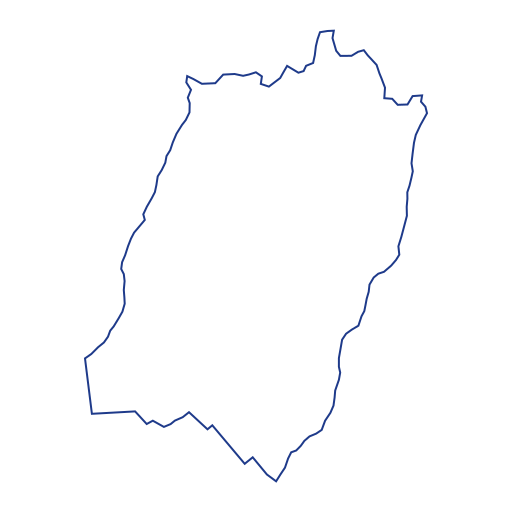 Douradina, Mato Grosso do Sul, Brazil
{"feature_id": "56859067B6563900409814", "entity_name": "Douradina", "entity_type": "district", "adm_level": 2, "iso_a3": "BRA", "parent_name": "Brazil", "parent_adm1": "Mato Grosso do Sul", "projection": "albers", "projection_center": [-54.58, -22.015], "detail": "fine", "context": "isolated", "style": "outline", "palette": "blue", "viewbox_px": 512, "rotation_deg": 0, "n_neighbors": 0, "source": "geoboundaries", "source_scale": "gbopen_adm2", "svg_char_len": 1915}
<svg xmlns="http://www.w3.org/2000/svg" viewBox="0 0 512 512"><path d="M422.1,95.4L412.6,96.1L407.5,104.5L397.7,104.8L392.2,98.8L384.3,98.2L385.0,87.7L381.5,78.4L379.4,73.3L376.6,64.9L367.7,55.3L363.8,50.2L358.1,51.8L351.5,55.8L340.4,55.9L336.2,50.8L332.5,38.1L333.8,30.7L327.5,31.0L320.0,32.2L317.6,39.1L315.9,46.2L314.8,55.2L313.1,63.0L306.1,65.8L303.6,71.1L298.4,72.7L287.1,65.9L283.0,73.0L280.2,78.0L268.9,86.6L260.8,83.9L261.9,76.4L255.9,72.3L249.0,74.5L243.1,75.8L234.6,74.0L223.2,74.6L215.3,83.2L201.9,83.8L193.3,79.0L187.2,76.1L186.3,82.4L191.0,89.8L187.8,97.7L189.7,103.1L189.5,112.4L185.8,120.0L182.0,124.9L176.5,133.7L172.8,142.4L170.2,150.2L166.5,156.1L165.3,162.7L161.7,170.1L157.7,176.4L156.4,185.0L154.9,192.1L151.8,198.1L146.8,206.8L143.3,214.3L144.8,219.9L139.1,226.7L134.1,232.6L131.0,238.6L128.1,246.0L125.1,255.3L122.1,262.2L121.2,269.0L123.8,274.1L124.6,281.1L123.8,290.0L124.4,297.7L124.7,303.7L122.4,311.7L118.7,318.2L113.7,326.4L110.2,330.7L108.0,336.7L103.9,342.5L98.2,347.1L91.3,354.0L85.0,358.4L91.9,413.8L135.1,411.4L146.7,424.0L152.8,420.7L163.9,426.9L170.6,424.1L174.9,420.6L182.7,417.2L189.0,412.2L207.5,429.3L212.3,425.3L244.7,463.8L252.7,457.3L266.9,474.5L276.1,481.3L280.4,474.5L285.0,467.6L288.1,458.5L291.2,452.3L296.2,450.5L300.8,445.8L304.4,440.8L309.5,436.4L316.2,433.6L321.7,429.9L325.1,420.7L330.4,412.8L333.5,405.6L334.6,397.5L335.2,390.5L338.9,379.8L340.2,372.6L338.9,366.8L338.9,358.1L340.7,347.8L342.1,339.7L346.1,333.7L352.0,329.5L358.4,325.7L361.5,316.3L364.3,311.1L365.5,305.1L366.7,298.7L368.7,291.8L369.5,284.6L373.7,277.5L378.3,273.7L384.0,271.8L391.2,265.6L396.0,260.0L399.3,254.7L398.4,246.3L401.3,237.0L404.2,226.1L406.9,215.8L406.7,206.8L407.4,198.8L407.3,192.3L409.5,185.7L411.4,177.8L412.8,171.3L411.5,163.3L412.6,153.6L414.0,142.7L415.8,134.9L420.4,125.1L427.0,113.2L425.4,106.7L421.0,101.7L422.1,95.4Z" fill="none" stroke="#1e3a8a" stroke-width="2"/></svg>